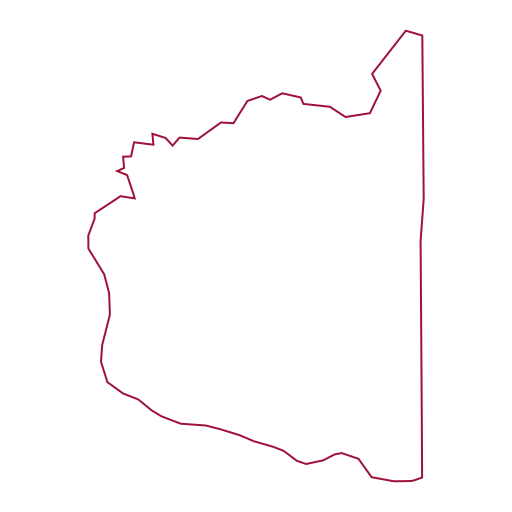 outline of Clark, Washington, United States of America
{"feature_id": "52423323B89011069533198", "entity_name": "Clark", "entity_type": "district", "adm_level": 2, "iso_a3": "USA", "parent_name": "United States of America", "parent_adm1": "Washington", "projection": "orthographic", "projection_center": [-122.549, 45.801], "detail": "fine", "context": "isolated", "style": "outline", "palette": "rose", "viewbox_px": 512, "rotation_deg": 0, "n_neighbors": 0, "source": "geoboundaries", "source_scale": "gbopen_adm2", "svg_char_len": 1015}
<svg xmlns="http://www.w3.org/2000/svg" viewBox="0 0 512 512"><path d="M422.1,477.5L421.8,419.1L420.6,240.7L423.7,199.1L422.3,35.5L405.8,30.7L372.1,73.9L380.7,90.7L369.9,113.2L345.5,117.0L329.9,106.8L303.4,103.9L300.8,97.5L282.2,93.3L270.1,99.7L261.8,96.0L247.4,101.0L233.5,123.2L220.9,122.5L198.0,139.0L179.5,137.6L172.6,145.6L165.5,137.9L152.4,133.8L153.4,144.7L134.1,142.3L131.1,156.4L123.1,156.7L124.1,167.9L117.3,171.1L127.1,175.1L133.4,193.9L134.7,198.4L120.5,196.2L94.7,213.2L94.6,218.7L88.3,235.5L88.4,248.6L104.2,274.3L109.1,293.0L109.4,300.7L109.9,314.7L108.6,319.8L102.2,345.0L101.0,361.8L107.4,382.1L108.3,382.8L123.1,393.5L138.2,399.4L151.8,410.5L161.6,416.4L180.6,423.7L205.8,425.5L216.0,428.1L218.8,428.8L238.0,434.7L239.1,435.0L254.0,441.3L265.2,444.5L273.2,446.8L281.2,449.9L284.0,451.1L296.7,460.7L306.0,464.0L323.1,460.4L328.9,457.4L334.7,454.4L341.7,453.1L358.5,458.8L371.6,477.2L394.0,481.3L411.2,481.0L413.7,480.5L422.1,477.5L422.1,477.5Z" fill="none" stroke="#9f1239" stroke-width="2"/></svg>